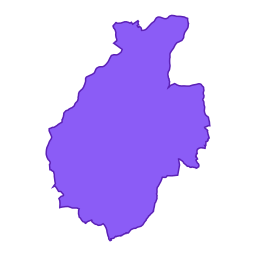 the district of Lazareni, Bihor, Romania
{"feature_id": "2599482B97627536391850", "entity_name": "Lazareni", "entity_type": "district", "adm_level": 2, "iso_a3": "ROU", "parent_name": "Romania", "parent_adm1": "Bihor", "projection": "albers", "projection_center": [22.063, 46.86], "detail": "fine", "context": "isolated", "style": "filled", "palette": "violet", "viewbox_px": 256, "rotation_deg": 0, "n_neighbors": 0, "source": "geoboundaries", "source_scale": "gbopen_adm2", "svg_char_len": 5777}
<svg xmlns="http://www.w3.org/2000/svg" viewBox="0 0 256 256"><path d="M111.3,240.1L111.2,239.5L110.8,239.1L110.8,238.8L113.4,238.3L114.3,237.8L114.9,237.0L115.7,236.4L116.1,236.7L117.2,236.2L120.1,235.7L120.6,235.9L120.8,235.5L121.3,235.4L121.7,235.6L122.0,235.2L123.5,234.4L124.2,233.8L124.6,233.9L125.3,233.6L125.7,233.2L126.1,233.4L126.2,233.2L126.1,232.9L127.0,232.7L127.7,233.1L128.4,232.9L130.5,230.2L131.1,229.6L133.7,228.4L135.7,228.3L136.7,227.6L137.5,227.2L140.9,226.3L142.9,224.7L144.5,222.1L146.2,220.1L146.2,219.3L146.6,219.0L148.6,216.4L148.6,216.0L149.7,215.3L150.3,214.4L152.5,212.4L153.5,211.2L153.5,210.9L153.3,210.5L153.7,209.9L153.6,209.5L154.3,206.6L154.8,203.3L155.6,202.2L157.0,198.5L156.9,197.9L156.9,196.6L157.1,195.6L156.9,195.2L156.5,193.8L156.9,193.2L157.0,191.3L156.9,189.6L157.0,189.0L157.2,187.7L157.4,187.1L157.7,186.9L158.1,186.4L160.7,181.6L161.5,179.7L162.3,177.3L165.4,177.4L166.0,177.2L167.3,175.7L171.9,175.8L177.7,175.2L179.5,165.3L179.5,164.5L178.5,159.0L178.7,158.9L179.9,159.3L180.7,160.0L182.0,160.8L183.2,161.9L183.5,162.4L183.6,162.9L186.3,165.2L187.0,166.0L187.6,166.3L188.1,166.2L189.2,166.5L190.1,167.3L191.4,167.3L191.9,167.0L192.7,167.1L194.4,167.5L194.9,167.4L196.3,167.9L196.3,168.2L197.0,168.0L197.4,167.5L198.7,166.8L198.9,165.6L198.9,165.1L198.5,164.0L198.1,163.5L197.5,163.1L196.0,160.4L196.0,160.0L196.8,159.4L197.5,159.0L197.0,157.9L195.8,156.9L195.7,156.5L195.7,156.2L196.2,156.1L196.0,155.5L196.2,154.8L196.3,155.0L196.3,154.2L196.7,154.1L196.9,153.6L197.2,153.5L197.1,152.9L196.9,152.3L197.0,150.2L197.6,149.5L197.6,149.1L198.9,148.4L199.1,148.1L200.0,148.0L200.6,147.7L201.6,147.8L202.1,147.6L202.3,147.9L203.2,148.0L203.3,147.9L204.6,148.3L205.0,148.3L204.9,147.7L205.2,147.3L205.3,146.6L205.1,145.9L204.8,145.5L205.2,145.5L205.4,145.7L205.6,145.7L205.9,145.2L205.8,144.2L206.0,141.6L207.2,141.4L207.6,141.0L207.9,140.4L208.0,140.4L208.1,140.1L208.1,139.7L207.8,139.7L208.3,138.6L208.6,138.6L208.7,138.2L208.9,138.3L209.2,138.0L207.9,133.8L207.6,131.9L207.3,131.2L207.3,130.8L207.6,130.6L207.2,129.9L205.1,128.3L204.6,127.3L205.7,126.8L206.2,126.8L206.5,126.5L207.2,126.3L207.4,126.0L208.5,125.7L209.8,125.7L209.6,124.5L209.4,121.8L208.8,119.6L208.4,117.4L207.9,116.7L206.6,115.9L205.4,114.6L204.7,112.8L204.3,110.9L204.7,107.0L204.0,104.7L203.9,102.6L203.7,101.4L203.1,100.5L202.8,99.9L202.9,99.2L203.1,98.7L203.6,98.0L203.8,97.4L204.0,95.8L203.9,95.3L203.5,94.6L203.3,93.4L203.3,92.5L203.9,90.4L203.9,89.8L203.6,89.2L203.7,88.0L203.4,87.0L202.3,86.0L201.1,84.4L199.8,83.8L198.4,83.8L196.4,84.4L192.9,85.0L189.4,86.1L187.1,86.1L183.9,85.9L181.4,86.0L179.0,85.7L176.8,84.8L175.6,84.0L174.4,83.6L173.3,84.3L172.6,84.5L170.4,85.5L169.1,87.0L168.2,87.7L168.4,87.1L169.1,86.1L169.4,85.4L169.4,82.9L169.6,82.2L169.6,81.5L169.1,80.2L169.1,79.0L168.5,78.0L167.8,74.3L168.3,71.7L169.1,70.5L169.5,69.5L170.0,66.2L170.0,65.3L169.7,63.5L169.6,60.9L169.7,58.7L170.0,57.4L169.9,54.4L170.0,53.7L170.3,52.9L171.5,50.9L173.5,48.2L175.1,45.0L176.7,42.9L177.8,42.3L179.3,41.7L180.7,40.9L181.6,40.6L182.1,40.1L183.6,37.8L183.7,37.3L183.8,35.4L184.7,32.5L186.1,30.4L187.4,28.5L187.9,27.5L188.1,26.5L188.4,23.8L188.5,23.5L188.3,23.4L187.6,20.0L187.7,18.6L187.6,18.3L186.4,18.0L184.3,17.0L180.4,16.4L176.4,16.3L174.4,15.7L171.7,15.4L170.0,15.9L168.8,16.7L168.1,17.7L166.7,18.5L165.9,18.7L164.2,18.6L160.3,17.2L158.7,17.0L157.9,17.1L156.4,17.9L155.8,18.7L154.2,21.4L151.6,23.3L146.3,29.1L144.7,30.0L143.6,30.3L141.6,30.4L141.3,28.4L141.1,27.9L140.7,27.4L139.5,26.4L138.9,27.1L138.6,26.9L138.3,27.2L137.8,26.8L137.2,25.7L138.6,24.7L138.1,23.7L138.1,22.3L138.5,21.5L137.9,20.7L132.7,24.2L131.4,22.3L130.0,23.1L128.3,22.3L126.4,21.8L124.7,21.8L120.7,23.1L118.8,23.2L117.0,23.2L116.3,22.6L115.8,22.6L114.7,24.1L113.7,25.1L113.0,26.0L113.4,26.3L113.4,27.4L113.6,27.7L113.7,28.1L114.4,28.7L114.8,29.6L115.1,29.8L115.9,32.7L115.7,34.6L115.8,35.7L116.0,36.3L115.9,36.8L116.7,39.1L116.8,39.7L116.8,40.4L116.5,41.1L116.2,41.4L115.8,41.3L115.4,41.5L115.2,41.9L114.7,42.5L113.7,43.2L122.2,49.4L121.2,51.9L120.8,52.4L118.3,54.3L116.6,54.9L113.9,54.7L111.6,55.4L111.2,55.8L109.8,58.3L108.6,60.9L107.8,62.2L106.2,64.2L104.4,65.9L102.8,66.7L99.5,66.8L98.8,67.0L96.9,68.0L95.9,69.2L94.8,71.9L94.3,72.9L92.3,74.3L86.8,76.8L86.3,77.2L86.0,77.6L85.6,78.5L85.6,79.9L85.6,81.0L85.5,81.8L84.6,84.6L84.1,85.6L83.8,86.7L82.5,88.8L80.5,90.6L79.2,92.0L78.6,93.6L78.5,95.3L78.1,97.5L78.2,98.5L77.7,100.5L76.8,101.8L75.9,102.6L75.1,103.6L74.2,105.9L71.9,107.8L71.1,108.0L69.0,109.1L68.1,110.0L66.0,110.7L64.1,112.7L63.8,113.4L63.8,114.2L63.3,117.0L63.1,117.7L62.6,118.3L62.7,118.8L62.6,119.2L62.4,119.5L62.0,119.8L62.1,120.5L62.0,122.1L61.8,122.3L59.0,123.9L58.0,124.6L57.3,125.3L54.1,127.3L52.3,127.4L51.2,128.0L49.2,128.7L49.1,130.3L49.2,131.0L51.2,135.6L51.7,137.0L51.6,137.4L51.4,138.4L50.9,139.3L49.5,141.4L48.1,145.0L46.9,147.6L46.5,149.4L46.3,151.3L46.2,153.6L46.3,154.8L47.0,157.2L48.2,159.6L49.1,160.4L49.9,161.6L50.2,162.3L50.1,163.8L49.5,164.4L49.9,169.5L50.1,169.9L51.0,169.8L52.4,171.1L53.2,171.3L53.6,171.8L54.3,174.5L54.3,176.5L55.0,181.8L55.4,183.6L53.1,186.9L55.0,186.0L56.5,187.9L58.6,191.4L60.8,191.5L63.4,194.4L63.5,195.2L63.0,195.8L61.1,196.4L58.9,198.5L59.8,200.8L60.0,203.6L59.8,207.6L61.6,207.1L65.4,206.6L67.7,206.5L68.5,206.6L72.3,208.0L76.9,208.0L79.2,208.9L78.6,210.4L78.5,213.9L78.9,215.2L79.2,217.1L80.4,218.1L81.6,220.1L82.9,221.6L84.6,222.2L85.0,222.2L85.3,222.5L85.1,223.0L85.4,223.3L85.8,223.3L86.2,222.6L87.9,221.4L91.5,220.1L91.9,220.3L91.8,220.9L91.9,221.6L94.4,223.7L95.6,224.3L96.7,224.4L98.1,225.3L99.0,225.3L101.0,225.0L103.1,223.7L104.5,225.1L106.0,227.8L106.8,230.1L107.0,231.8L108.0,235.9L108.6,237.0L108.7,238.4L108.9,239.2L110.0,240.6L110.4,240.6L111.3,240.1Z" fill="#8b5cf6" stroke="#5b21b6" stroke-width="1.5"/></svg>